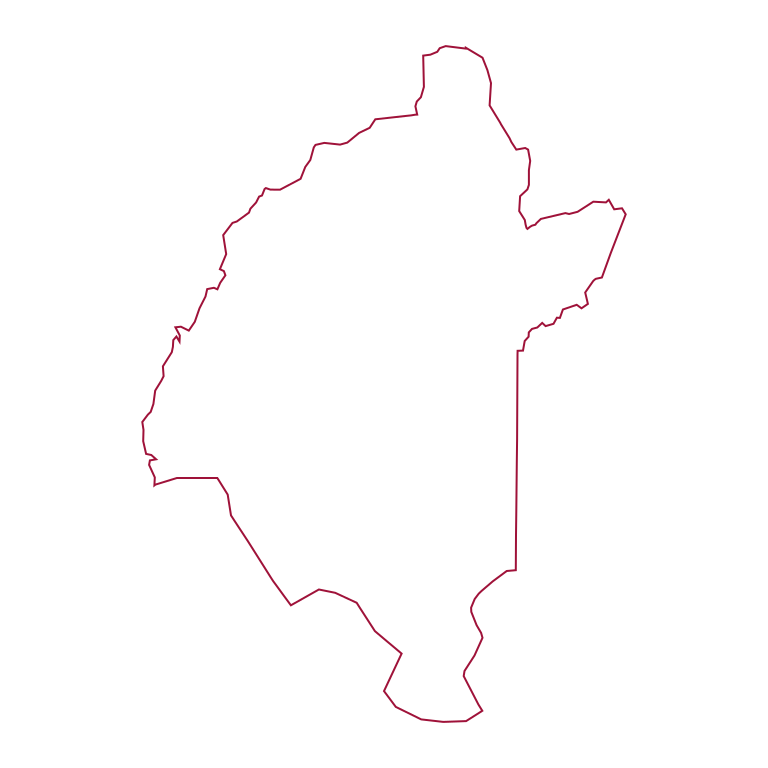 Salinas, Puerto Rico (Equal Earth projection)
{"feature_id": "32010507B26348414705735", "entity_name": "Salinas", "entity_type": "district", "adm_level": 2, "iso_a3": "PRI", "parent_name": "Puerto Rico", "parent_adm1": "", "projection": "equal_earth", "projection_center": [-66.255, 18.004], "detail": "fine", "context": "isolated", "style": "outline", "palette": "rose", "viewbox_px": 768, "rotation_deg": 0, "n_neighbors": 0, "source": "geoboundaries", "source_scale": "gbopen_adm2", "svg_char_len": 2371}
<svg xmlns="http://www.w3.org/2000/svg" viewBox="0 0 768 768"><path d="M173.3,340.1L172.9,346.9L171.8,352.2L162.9,366.3L163.6,376.2L161.2,380.9L155.2,390.6L153.4,404.0L150.7,411.9L147.9,414.6L142.3,422.0L143.5,429.9L143.2,441.2L146.1,453.9L151.3,455.0L156.1,459.3L149.9,460.4L149.1,464.9L154.8,477.4L154.4,485.4L155.4,484.6L176.9,478.0L200.0,478.0L202.3,478.0L217.3,478.0L218.6,480.0L227.7,494.6L231.0,515.4L234.3,520.5L238.3,526.6L247.9,541.2L260.1,560.5L270.7,577.3L272.7,580.4L273.3,581.3L277.2,586.6L283.9,595.8L290.9,605.3L318.9,589.5L335.2,592.8L356.7,602.8L360.1,608.2L374.9,631.1L378.3,634.0L387.3,641.6L399.7,652.0L401.6,653.6L384.0,691.1L395.8,706.9L421.2,719.4L443.3,721.9L466.1,721.1L482.3,710.8L478.4,704.5L463.7,676.1L464.5,671.0L474.5,655.5L482.5,637.8L481.1,632.9L476.6,625.2L471.3,611.9L471.1,607.7L474.7,599.0L478.7,593.7L481.5,591.0L492.7,581.4L506.7,571.0L515.8,570.2L516.0,535.2L516.3,511.1L516.8,462.5L517.1,439.1L517.5,355.5L517.5,354.9L517.6,350.8L523.0,350.6L524.7,341.0L528.6,336.7L528.8,332.4L532.0,328.9L537.3,327.5L542.2,322.9L545.6,326.1L553.5,323.8L556.9,317.7L559.9,317.9L562.9,309.5L576.7,304.8L581.5,308.3L587.9,303.9L585.2,292.5L593.2,281.0L594.7,279.6L595.9,278.8L601.9,277.5L610.7,253.2L625.7,214.3L622.0,208.3L614.2,209.3L608.8,199.8L606.0,202.4L593.3,201.7L577.6,211.8L569.1,214.0L565.4,213.1L540.9,218.9L536.3,223.3L536.1,223.6L535.4,224.7L532.1,225.6L530.2,226.7L527.4,228.9L526.5,227.9L525.6,224.6L524.8,220.0L519.2,211.1L520.1,196.2L527.4,189.4L528.9,184.9L528.9,170.1L530.2,160.9L528.1,149.6L525.2,148.0L516.3,149.6L511.4,142.1L509.5,138.1L501.0,124.3L500.2,122.7L489.6,105.4L491.0,83.1L487.4,70.1L482.5,57.7L465.8,47.7L465.8,48.6L445.7,46.1L439.7,48.2L437.3,51.8L430.3,54.7L423.2,55.6L423.9,86.9L420.9,97.2L416.8,101.5L415.4,106.3L417.2,114.6L415.2,114.7L411.0,115.4L406.2,115.9L375.3,119.3L369.7,127.8L359.1,132.9L347.3,142.6L340.1,144.6L324.3,142.9L315.5,144.9L313.8,147.4L310.3,160.0L305.3,166.9L300.6,178.8L280.0,189.7L270.4,189.6L265.8,188.1L264.6,189.0L262.0,195.5L259.1,196.6L256.1,202.5L250.4,208.7L249.0,212.6L236.8,221.5L232.5,222.9L223.2,235.1L226.2,254.1L219.9,269.2L223.9,271.1L225.4,275.3L220.2,282.8L217.4,289.3L213.9,287.8L207.2,289.1L205.5,296.5L199.5,308.3L194.8,321.8L188.8,330.6L180.9,326.7L175.4,327.3L179.8,335.5L179.5,341.6L176.4,336.5L173.3,340.1Z" fill="none" stroke="#9f1239" stroke-width="2"/></svg>